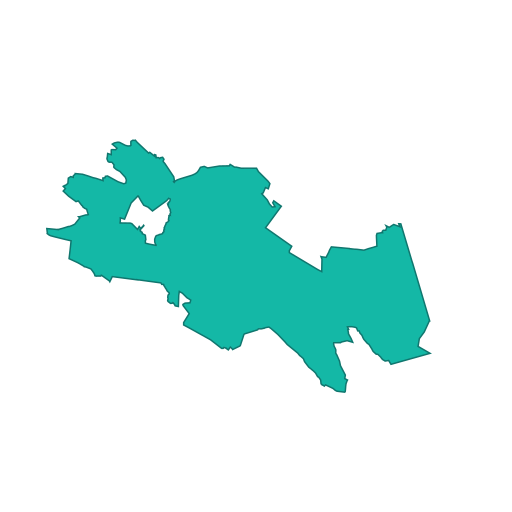 outline of Ārlavas pag., Talsi, Latvia, rotated 35°
{"feature_id": "27541924B95940565269220", "entity_name": "Ārlavas pag.", "entity_type": "district", "adm_level": 2, "iso_a3": "LVA", "parent_name": "Latvia", "parent_adm1": "Talsi", "projection": "robinson", "projection_center": [22.632, 57.389], "detail": "fine", "context": "isolated", "style": "filled", "palette": "teal", "viewbox_px": 512, "rotation_deg": 35, "n_neighbors": 0, "source": "geoboundaries", "source_scale": "gbopen_adm2", "svg_char_len": 5945}
<svg xmlns="http://www.w3.org/2000/svg" viewBox="0 0 512 512"><g transform="rotate(35 256 256)"><path d="M290.5,346.0L294.4,339.0L294.5,338.6L294.5,338.3L291.2,327.5L291.1,327.0L291.2,326.5L299.5,315.8L299.7,315.5L299.7,314.6L299.8,314.2L301.9,312.8L302.6,312.2L303.3,311.3L303.9,310.8L303.8,310.7L305.3,308.8L307.3,306.8L309.9,306.8L318.8,307.7L328.8,309.7L332.3,310.6L345.9,311.6L348.9,312.5L350.2,312.5L353.7,312.9L356.4,314.7L363.0,316.8L369.0,317.2L371.9,317.7L375.7,319.5L376.9,319.3L380.1,320.5L382.6,323.4L383.4,323.4L383.9,323.7L384.6,323.6L384.8,323.4L386.6,323.4L386.9,321.7L392.6,320.7L393.9,320.5L395.2,320.3L397.9,320.6L399.6,320.4L400.5,320.0L406.5,316.8L406.8,316.6L406.8,315.8L405.7,313.8L404.2,311.3L403.0,309.0L402.2,306.1L402.1,305.1L399.0,305.5L397.5,302.3L388.1,297.4L384.7,294.2L378.8,290.6L377.1,289.9L375.2,287.1L374.0,286.3L371.7,285.1L369.9,283.4L369.4,282.5L375.0,278.5L375.3,277.5L379.2,273.1L384.7,271.2L381.1,269.0L376.2,266.6L376.0,266.1L373.4,263.6L374.0,263.0L371.5,261.6L372.3,260.9L375.1,258.9L377.9,257.6L379.5,257.2L382.3,259.0L383.6,258.2L385.1,259.4L385.7,259.6L388.3,260.2L390.5,261.6L392.1,262.4L397.3,263.7L399.2,263.6L404.4,265.8L406.0,266.7L406.9,267.0L410.7,267.5L412.1,266.7L412.6,266.7L416.2,267.3L418.0,268.0L418.1,267.9L419.6,268.2L421.8,267.9L422.0,268.0L424.6,265.5L428.7,267.3L454.4,235.9L440.6,237.1L437.2,230.0L437.4,221.7L435.2,209.6L435.4,209.5L388.5,172.1L386.7,170.8L356.2,146.6L354.4,147.7L357.1,149.5L350.7,151.2L348.7,156.1L345.2,156.6L346.6,157.3L347.5,160.5L345.5,161.9L345.3,163.4L346.3,164.3L345.9,164.5L342.2,168.1L342.8,170.0L344.2,171.9L349.4,178.6L346.6,182.2L344.1,185.2L341.1,189.3L334.5,192.8L333.2,193.7L328.3,196.4L328.2,196.3L312.5,205.3L312.9,209.2L313.4,211.1L314.2,216.9L310.2,219.0L309.6,219.2L311.9,220.8L315.3,225.9L318.8,231.1L314.7,231.7L281.4,234.1L280.3,232.7L279.7,227.5L247.6,227.4L248.2,200.7L238.9,200.6L239.2,202.8L243.3,204.7L241.2,206.6L237.2,205.7L233.1,203.6L225.0,201.7L225.7,200.2L224.5,194.5L227.5,193.9L225.9,188.8L222.9,187.8L209.6,185.5L206.1,183.8L197.6,189.7L193.7,192.5L188.7,194.6L187.6,195.5L182.3,195.8L182.4,197.5L174.4,203.3L165.9,211.6L162.2,212.3L159.6,215.2L159.9,218.5L159.9,220.3L159.7,221.7L158.9,223.8L157.3,226.5L149.7,236.2L147.8,238.9L147.5,239.5L146.9,240.9L146.8,241.7L146.8,242.6L145.8,242.4L146.1,241.2L143.2,238.3L128.3,232.5L125.9,231.9L125.5,231.5L125.3,230.7L125.3,230.0L125.1,229.5L122.9,228.7L121.5,230.1L121.3,230.5L121.1,231.4L120.8,231.3L119.8,231.3L119.0,231.8L117.8,232.8L117.1,231.8L116.5,231.3L116.0,230.7L114.8,231.1L115.6,232.4L109.5,232.0L109.0,233.3L93.3,231.0L90.7,230.3L90.2,231.0L88.7,231.8L87.8,233.8L88.0,234.3L90.1,237.2L89.7,238.0L87.9,239.4L85.5,240.3L79.5,241.1L79.0,241.2L77.7,241.9L77.2,242.3L75.3,244.4L74.8,245.2L74.5,245.9L74.1,246.8L80.3,247.4L80.1,249.4L76.9,251.5L76.6,252.2L79.3,256.0L75.7,257.1L77.3,260.0L77.9,261.5L78.3,262.0L80.5,263.4L81.1,263.5L82.0,263.3L83.7,262.1L84.3,261.9L84.5,261.9L87.4,262.8L88.3,264.4L88.6,264.8L89.1,265.0L92.1,265.3L96.1,264.8L103.8,266.5L106.2,268.1L107.5,270.9L107.5,271.1L106.2,272.7L100.4,274.3L88.5,275.6L86.9,277.1L87.4,278.5L85.8,280.0L87.5,282.0L80.3,284.2L77.6,285.3L72.4,286.8L67.1,288.5L60.7,292.1L60.9,292.3L60.4,295.3L61.2,296.4L58.7,297.2L57.6,299.9L60.3,304.5L59.2,307.9L58.9,307.9L58.1,309.5L61.2,310.1L60.8,313.4L68.2,314.5L77.4,314.7L78.9,312.8L84.2,314.5L85.0,314.5L86.0,315.1L88.3,315.2L90.5,314.8L91.9,316.0L94.9,318.3L94.2,319.1L93.0,320.0L88.8,325.2L88.2,325.6L89.8,326.0L89.3,333.9L87.6,336.9L86.4,338.6L85.7,339.3L85.4,339.4L83.6,341.8L81.5,344.5L79.8,346.5L79.4,347.1L78.7,347.6L78.9,347.8L68.9,353.5L72.1,357.1L72.1,357.4L74.6,357.5L76.2,357.2L79.8,355.9L89.9,352.0L95.8,349.6L100.5,358.1L104.4,365.4L113.9,363.7L120.8,363.1L121.4,363.3L123.2,362.5L128.1,361.3L130.5,362.0L133.6,363.2L135.5,364.6L136.7,364.1L138.1,363.0L140.3,361.5L140.5,360.8L140.3,360.5L140.4,360.4L150.2,360.5L151.0,360.9L150.1,355.3L172.5,343.6L172.3,343.5L177.6,340.8L193.5,332.6L195.1,333.3L196.6,332.3L197.6,333.1L198.6,333.4L200.2,334.2L201.6,334.7L203.6,335.7L205.8,335.9L206.4,336.3L206.7,336.8L206.3,337.7L206.6,339.0L207.5,340.6L208.5,341.4L209.0,342.8L209.2,343.2L209.8,343.6L210.6,343.8L211.7,343.7L212.7,343.9L213.3,343.8L214.5,342.7L214.6,341.9L215.2,341.9L217.1,342.5L218.4,343.2L221.4,341.9L215.2,332.4L213.5,329.0L213.9,329.0L217.1,328.7L223.3,329.8L227.8,329.5L228.8,332.2L224.9,335.3L223.9,337.6L224.7,338.4L234.3,341.5L234.9,352.0L236.3,354.0L242.0,353.3L266.8,350.7L280.8,351.4L282.1,350.5L282.2,349.3L284.2,348.7L284.2,348.8L287.2,348.8L287.2,345.6L287.3,345.3L290.2,345.8L290.5,346.0ZM146.0,301.2L146.4,298.8L146.8,295.5L146.3,295.3L146.3,296.4L145.8,299.3L145.0,299.3L143.4,298.8L143.7,302.2L135.7,300.7L134.1,301.2L125.7,306.9L124.5,304.7L123.0,302.6L127.2,301.2L123.3,284.2L124.8,275.0L124.8,274.6L125.2,274.4L129.7,276.6L134.9,278.8L139.5,277.9L145.4,278.5L150.8,262.7L151.3,260.3L151.3,258.9L153.0,258.5L153.3,258.8L153.6,259.4L154.0,260.7L154.0,261.0L153.5,262.3L153.9,262.4L153.8,262.8L154.0,263.5L154.4,264.0L153.9,264.2L154.5,264.7L155.7,265.5L158.0,266.7L158.9,267.0L159.5,267.4L159.7,268.1L160.4,268.7L160.6,268.9L161.1,269.1L161.3,269.5L161.3,270.5L161.6,271.0L162.1,271.5L161.8,271.5L161.9,272.1L162.0,272.3L162.0,272.7L161.6,272.9L161.8,273.1L162.6,274.9L163.6,276.8L164.3,276.8L164.4,277.1L164.2,278.9L163.9,279.5L163.6,279.8L163.4,280.6L163.8,281.2L164.0,282.1L164.1,283.2L164.5,284.5L164.5,284.9L164.6,285.0L164.5,285.3L164.6,285.6L165.6,286.4L165.3,286.8L165.9,288.1L166.5,288.7L166.6,289.0L166.6,289.5L166.4,289.7L166.2,290.1L166.5,290.7L166.5,291.4L165.8,292.5L165.5,292.7L165.0,293.5L164.4,293.8L164.2,294.6L163.1,295.9L162.6,296.7L162.7,297.9L163.4,300.4L165.0,302.6L167.3,304.3L168.6,304.4L161.7,307.5L158.1,308.9L157.2,307.8L156.5,306.8L156.5,306.0L156.4,305.8L153.4,302.4L150.0,302.9L149.1,301.9L147.2,302.1L146.8,301.7L146.8,301.4L146.0,301.2Z" fill="#14b8a6" stroke="#0f766e" stroke-width="1.5"/></g></svg>